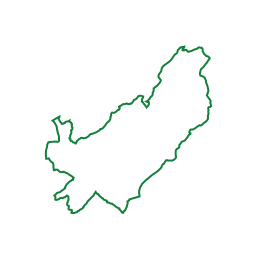 Aquitania, Boyacá, Colombia (Robinson projection), rotated 195°
{"feature_id": "7082276B52968134659257", "entity_name": "Aquitania", "entity_type": "district", "adm_level": 2, "iso_a3": "COL", "parent_name": "Colombia", "parent_adm1": "Boyacá", "projection": "robinson", "projection_center": [-72.858, 5.421], "detail": "fine", "context": "isolated", "style": "outline", "palette": "green", "viewbox_px": 256, "rotation_deg": 195, "n_neighbors": 0, "source": "geoboundaries", "source_scale": "gbopen_adm2", "svg_char_len": 5804}
<svg xmlns="http://www.w3.org/2000/svg" viewBox="0 0 256 256"><g transform="rotate(195 128 128)"><path d="M99.1,64.9L100.5,68.3L101.0,70.7L100.9,73.8L99.9,77.6L97.6,81.6L92.8,88.5L87.8,94.4L87.5,95.2L86.9,95.9L86.9,96.1L86.2,97.1L85.8,98.3L85.4,99.2L85.5,100.2L85.1,101.7L84.9,102.1L84.2,102.5L83.3,105.5L82.8,106.6L82.0,107.1L81.1,106.8L80.1,107.2L77.8,107.7L76.6,108.1L75.4,109.3L74.2,111.1L74.0,111.9L75.4,115.7L76.0,118.8L75.5,120.2L74.1,121.7L73.7,122.3L73.6,123.3L74.0,124.4L73.9,125.2L73.5,125.8L72.5,128.6L72.1,129.0L70.6,129.9L69.9,130.6L69.2,132.0L68.9,133.0L68.7,133.3L68.1,134.7L67.5,137.1L66.4,138.1L66.1,138.6L66.3,139.1L67.1,139.2L67.7,139.6L67.7,141.0L67.3,142.4L67.0,142.8L65.6,143.0L64.8,143.5L63.1,145.1L61.5,147.2L59.6,149.2L58.2,149.3L57.8,149.6L56.5,151.7L55.6,153.0L54.6,154.0L53.3,156.7L53.2,157.3L53.3,158.3L54.0,160.4L53.9,162.2L54.2,163.5L54.7,164.3L54.8,166.3L55.5,167.1L55.7,167.9L55.5,168.9L54.1,169.6L53.3,170.7L55.1,173.7L55.0,175.2L55.8,176.2L60.3,179.9L60.0,182.9L60.0,184.4L60.1,185.2L62.2,189.2L64.4,192.3L64.9,193.7L65.5,194.6L66.7,196.1L67.5,196.7L68.9,197.2L71.0,197.3L71.7,197.5L72.3,198.3L72.7,199.5L72.8,202.0L72.7,203.7L70.8,206.6L69.3,210.6L68.8,211.3L68.1,213.7L67.1,216.1L67.1,216.6L67.7,216.9L68.4,217.4L69.5,217.9L71.2,217.8L72.3,218.7L73.5,219.1L75.6,221.3L76.4,223.6L77.6,224.6L78.8,224.2L79.8,224.4L80.4,224.2L81.0,223.8L81.5,222.7L81.8,222.5L82.2,222.1L84.2,221.0L86.9,218.6L87.8,218.2L89.5,217.2L89.8,217.2L91.8,218.5L92.6,218.4L93.2,217.9L94.8,217.2L95.5,217.2L95.6,217.8L95.0,218.1L94.9,218.3L95.6,218.9L95.6,219.6L94.8,219.9L94.6,220.5L94.7,221.1L95.5,220.5L96.3,220.4L96.9,219.9L97.9,219.7L98.2,218.9L98.9,218.4L99.3,217.3L100.0,216.3L100.0,213.7L100.2,212.9L101.9,210.7L102.0,210.7L103.3,206.7L104.6,203.9L104.9,203.3L109.6,197.5L110.3,196.2L110.8,194.8L110.8,193.4L110.6,191.4L112.0,187.9L112.0,185.7L111.7,185.2L111.2,184.6L109.0,183.1L108.6,182.4L108.6,181.9L109.0,180.1L110.5,176.9L111.6,175.2L112.0,174.9L112.8,174.0L113.0,173.3L113.5,172.9L112.9,171.0L112.9,169.7L113.3,168.8L112.9,167.1L112.8,166.3L113.2,165.2L114.1,164.0L114.6,162.6L114.7,161.8L114.8,161.5L115.3,161.0L115.7,159.5L116.1,159.0L117.1,158.4L116.2,158.1L114.7,158.4L114.3,157.6L114.0,156.4L114.3,154.6L115.4,152.7L115.8,153.2L116.8,153.9L118.1,155.1L118.9,155.4L120.8,157.1L121.6,157.2L121.6,158.2L121.9,159.4L121.4,161.0L121.4,162.4L124.1,162.5L125.8,161.8L126.1,161.3L126.5,161.0L126.8,159.8L127.6,158.3L128.0,157.8L129.5,156.6L129.9,154.8L131.0,152.5L131.5,152.5L132.3,151.6L133.1,151.5L133.8,151.1L135.8,151.3L137.2,150.2L138.0,150.1L139.0,149.7L140.3,148.1L142.2,146.3L141.7,145.3L141.1,145.1L141.1,144.6L141.5,143.2L142.6,142.6L143.3,141.5L143.6,140.8L144.4,140.1L144.9,139.3L146.0,138.9L147.4,138.8L147.6,138.6L148.0,137.2L147.5,135.8L147.8,133.8L147.5,133.1L147.4,132.3L147.9,129.9L148.7,129.0L150.0,126.7L150.7,124.5L152.5,120.9L153.6,120.0L154.4,119.9L154.7,118.7L157.6,115.6L160.3,113.7L161.0,113.1L162.5,112.5L163.2,111.6L163.8,110.2L164.3,109.5L165.8,107.8L168.0,106.6L170.4,106.5L170.9,106.3L171.3,105.6L172.4,104.6L173.0,103.5L173.9,102.4L174.1,101.8L174.1,100.5L174.4,99.5L174.6,99.4L176.0,100.1L177.2,99.8L178.6,100.8L179.8,100.6L180.5,101.4L180.6,102.3L181.4,102.4L181.9,102.8L181.9,103.5L181.5,104.7L181.9,105.8L181.6,106.8L181.8,107.4L181.5,107.9L181.6,109.6L182.2,110.4L182.4,111.0L182.3,111.3L181.4,112.2L181.8,113.6L181.8,114.1L182.5,114.4L182.7,115.6L183.2,116.6L183.2,117.4L183.9,117.6L184.2,118.3L184.7,118.7L186.0,118.8L186.5,119.6L186.5,119.9L187.3,119.1L189.9,117.8L190.4,116.8L190.4,116.3L191.0,116.2L191.9,115.3L192.9,114.8L193.2,114.9L193.3,115.5L194.5,116.0L196.6,117.9L197.4,118.9L197.6,119.5L197.1,120.7L197.2,121.3L202.8,115.6L200.3,114.2L197.3,111.0L196.3,108.4L195.5,107.2L194.8,105.5L193.0,102.9L192.5,101.9L191.3,97.8L191.5,97.2L192.3,96.4L194.1,96.2L195.4,95.8L198.2,94.9L199.9,94.0L200.6,94.0L201.3,93.5L201.7,90.6L201.3,88.8L201.4,84.9L200.5,81.1L199.0,77.1L196.5,78.1L195.7,77.1L193.5,75.5L191.4,74.8L190.8,73.9L189.6,70.1L188.7,68.1L188.3,68.0L187.9,68.2L187.7,68.4L187.4,69.0L185.1,69.5L183.6,68.5L183.1,68.4L182.2,67.9L181.3,68.0L180.2,68.3L179.3,69.0L178.9,69.0L178.5,68.8L177.6,69.0L176.9,68.7L175.2,68.6L172.3,67.6L170.3,67.0L167.7,66.0L168.1,65.0L167.7,64.1L167.8,63.6L168.8,63.2L169.1,62.5L170.1,61.8L171.9,59.0L172.7,57.4L173.5,54.3L173.1,53.7L174.8,51.3L175.7,50.5L176.5,49.2L177.2,48.4L179.1,47.3L179.8,46.8L180.9,44.6L181.7,43.8L181.0,43.1L180.2,42.5L179.7,40.0L178.5,40.0L177.6,40.5L176.0,41.8L175.8,42.4L175.4,42.8L173.8,43.4L172.8,43.3L172.4,43.9L171.6,44.7L171.2,44.6L170.9,44.9L169.6,46.9L168.6,46.8L167.8,46.2L167.5,44.8L166.8,43.3L167.1,42.2L167.1,40.4L167.3,39.3L167.1,38.6L166.9,38.1L166.2,37.6L165.0,37.5L164.8,36.9L164.6,34.5L164.3,34.2L163.6,33.9L161.3,34.3L161.1,34.2L160.7,33.5L160.8,31.7L160.7,31.4L159.2,31.5L158.0,32.0L155.3,33.7L155.3,34.3L155.1,34.6L154.0,35.3L153.2,36.7L152.7,37.2L152.1,37.5L151.1,38.7L150.9,39.5L150.5,39.8L150.6,40.5L150.2,41.1L150.1,42.0L148.5,44.3L148.2,46.2L147.9,46.9L147.4,47.3L147.3,48.1L146.8,48.6L146.5,49.3L146.2,49.6L145.3,51.7L145.1,51.8L144.1,53.3L143.9,54.0L143.5,54.8L143.5,55.7L142.8,56.9L142.9,57.5L142.7,57.9L142.2,57.2L141.0,56.7L140.6,56.3L139.7,56.5L139.4,56.4L138.7,55.4L137.9,55.2L137.2,54.5L136.1,54.3L135.0,53.5L133.9,53.5L133.1,52.6L131.2,52.4L130.2,52.4L130.0,52.2L129.4,52.0L129.1,51.7L129.3,51.1L128.8,50.7L128.1,50.8L128.0,50.7L126.8,50.9L124.9,50.5L123.9,50.8L122.9,50.3L121.3,49.8L118.8,48.6L117.0,48.3L116.2,47.8L115.8,48.1L115.4,48.0L115.0,47.0L113.7,46.4L113.0,45.8L112.9,45.6L111.6,44.7L110.6,44.9L110.6,46.2L110.3,46.8L109.5,47.5L109.6,47.9L109.0,49.8L109.0,50.9L108.8,51.4L108.9,52.3L108.8,54.8L109.2,56.6L109.5,56.9L109.4,57.1L108.6,57.7L108.2,58.3L108.0,58.8L108.2,59.4L99.1,64.9Z" fill="none" stroke="#15803d" stroke-width="2"/></g></svg>